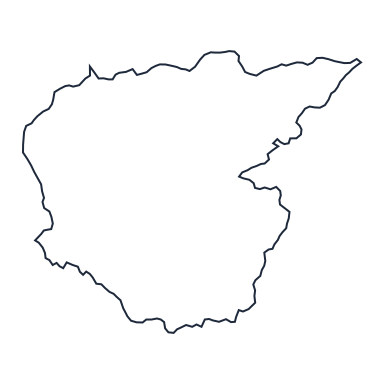 the district of Itatiba, São Paulo, Brazil
{"feature_id": "56859067B5628063584569", "entity_name": "Itatiba", "entity_type": "district", "adm_level": 2, "iso_a3": "BRA", "parent_name": "Brazil", "parent_adm1": "São Paulo", "projection": "robinson", "projection_center": [-46.798, -23.014], "detail": "fine", "context": "isolated", "style": "outline", "palette": "slate", "viewbox_px": 384, "rotation_deg": 0, "n_neighbors": 0, "source": "geoboundaries", "source_scale": "gbopen_adm2", "svg_char_len": 2611}
<svg xmlns="http://www.w3.org/2000/svg" viewBox="0 0 384 384"><path d="M344.3,63.1L334.8,61.2L328.6,59.2L322.5,57.8L316.7,58.1L312.6,62.6L307.6,64.8L302.5,62.7L296.9,62.4L291.8,63.8L286.2,65.6L281.6,64.3L277.3,66.5L270.1,68.7L263.8,70.8L256.4,75.6L249.7,73.9L245.1,72.0L242.2,66.5L238.5,61.0L239.0,56.0L234.5,51.6L229.1,51.1L225.0,52.0L220.1,52.6L215.1,52.6L210.8,52.3L204.4,54.9L200.2,59.5L197.5,63.3L195.1,66.7L189.5,71.0L185.8,69.4L181.2,68.9L176.8,67.0L171.7,65.8L165.5,64.5L159.9,64.4L155.7,65.9L151.4,68.1L146.7,72.2L140.9,73.9L136.9,74.9L132.6,69.1L126.0,71.9L119.2,72.8L115.6,74.6L112.6,79.4L108.5,79.4L103.6,78.3L98.6,78.5L94.0,72.0L89.9,66.5L90.0,75.6L85.4,78.5L79.2,85.2L73.1,86.6L69.2,85.4L65.2,86.1L60.1,88.7L54.5,92.1L53.2,99.7L51.9,104.3L48.7,108.9L43.2,111.5L37.5,116.1L34.0,119.9L31.6,123.3L26.2,125.9L24.1,131.9L23.1,144.5L23.0,152.5L27.5,159.2L31.1,165.4L34.2,171.9L41.1,184.3L42.1,191.3L44.0,197.9L42.5,202.0L44.2,208.1L49.4,211.5L51.4,216.9L52.8,223.6L51.2,229.1L47.5,229.7L43.8,230.5L41.3,233.9L35.1,240.4L38.8,242.7L42.7,247.6L45.0,253.1L45.6,258.1L49.4,260.1L52.7,265.0L56.6,262.9L59.5,266.2L63.2,268.2L66.7,262.4L72.7,265.0L77.9,266.7L79.9,271.8L83.1,274.8L86.2,271.6L89.8,273.9L92.7,277.5L96.3,283.7L101.4,284.3L105.0,288.0L109.5,291.9L113.6,293.8L116.5,296.7L120.5,300.3L123.2,308.2L125.2,312.0L127.4,316.3L131.0,320.7L136.5,322.3L142.6,322.5L146.3,319.5L151.7,319.5L157.0,318.5L160.8,319.5L164.1,322.1L165.1,328.3L168.4,332.3L173.6,332.9L177.1,329.3L181.4,327.3L186.1,325.0L192.2,326.8L196.5,324.5L201.5,326.8L204.8,319.5L209.1,319.0L212.8,320.4L219.0,321.8L226.0,319.2L231.0,322.1L234.9,321.8L236.1,317.0L238.8,310.1L243.0,311.5L248.6,309.1L255.2,302.7L254.4,296.0L255.1,290.4L253.3,284.5L255.4,280.2L260.3,275.9L261.8,270.1L264.2,265.8L265.3,261.0L264.3,252.6L268.6,249.5L272.5,248.8L274.4,244.4L277.9,239.9L279.6,236.0L282.4,232.3L286.2,228.2L287.0,223.6L288.7,218.6L289.5,211.9L280.0,204.5L279.4,199.9L280.8,195.4L280.2,191.0L276.2,186.9L270.5,189.3L264.7,187.5L259.9,189.1L255.0,187.9L253.7,183.2L249.4,179.8L243.2,178.3L239.1,176.6L242.2,172.4L247.6,170.2L251.4,167.8L256.8,165.9L260.9,164.0L264.7,163.5L269.0,159.5L267.6,154.2L272.8,150.1L278.2,146.3L273.2,143.3L277.3,139.1L280.4,142.1L284.3,144.1L288.6,143.3L290.2,138.4L296.4,138.3L300.9,134.5L301.5,129.5L299.6,125.7L296.3,122.5L298.5,117.0L301.9,113.2L305.0,108.7L309.6,106.5L314.5,107.4L319.9,107.7L325.0,105.1L328.6,99.7L331.2,93.5L334.8,91.0L337.6,87.1L340.3,81.6L343.1,78.6L345.9,75.1L349.0,72.5L352.6,68.7L356.3,65.8L361.0,62.4L356.7,59.0L350.2,62.9L344.3,63.1Z" fill="none" stroke="#1e293b" stroke-width="2"/></svg>